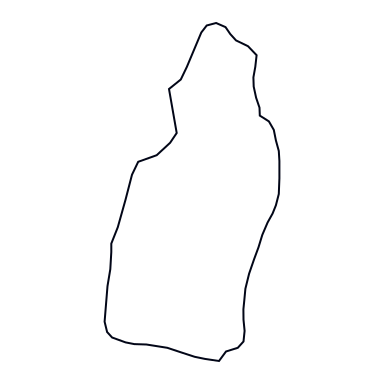 Ilha de Itamaracá, Pernambuco, Brazil (Mercator projection)
{"feature_id": "56859067B34111025481617", "entity_name": "Ilha de Itamaracá", "entity_type": "district", "adm_level": 2, "iso_a3": "BRA", "parent_name": "Brazil", "parent_adm1": "Pernambuco", "projection": "mercator", "projection_center": [-34.849, -7.752], "detail": "fine", "context": "isolated", "style": "outline", "palette": "ink", "viewbox_px": 384, "rotation_deg": 0, "n_neighbors": 0, "source": "geoboundaries", "source_scale": "gbopen_adm2", "svg_char_len": 879}
<svg xmlns="http://www.w3.org/2000/svg" viewBox="0 0 384 384"><path d="M169.0,89.0L176.7,133.0L170.1,142.8L156.7,155.2L138.2,161.8L132.0,174.7L125.5,199.8L117.8,227.2L111.3,243.6L111.3,252.0L110.3,269.2L107.5,286.1L104.6,321.7L107.1,332.0L112.1,337.5L125.6,342.4L134.3,344.1L146.4,344.5L167.3,347.8L182.1,352.7L194.7,356.8L204.9,358.9L219.0,361.0L226.0,351.5L237.8,347.8L243.5,341.5L244.6,330.9L243.5,319.7L243.4,309.3L244.3,300.3L245.4,288.7L249.1,273.7L254.1,259.2L258.5,247.3L262.3,234.9L267.6,222.5L272.6,213.5L275.9,205.3L278.8,194.0L279.1,186.1L279.4,178.4L279.4,169.2L279.4,161.0L278.8,151.0L275.9,140.4L273.8,129.9L268.9,121.4L259.8,115.6L259.5,107.7L256.1,97.7L253.7,86.6L253.4,77.4L255.3,66.8L256.6,55.2L248.0,46.2L236.0,40.4L230.3,34.1L225.5,27.1L216.1,23.0L206.7,25.5L201.3,32.5L186.9,66.8L180.8,79.5L169.0,89.0Z" fill="none" stroke="#020617" stroke-width="2"/></svg>